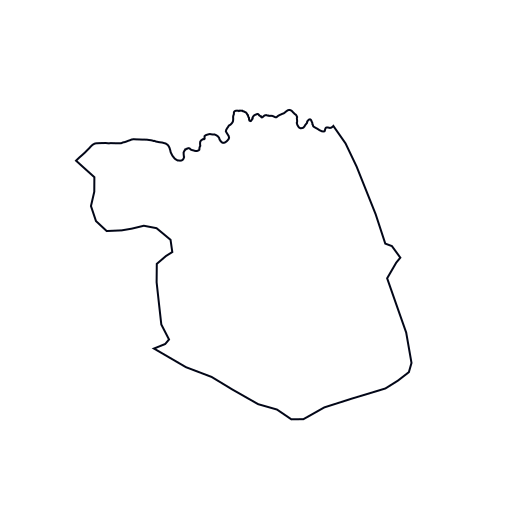 outline of Nicolich, Canelones, Uruguay, rotated 58°
{"feature_id": "84410073B10990004247606", "entity_name": "Nicolich", "entity_type": "district", "adm_level": 2, "iso_a3": "URY", "parent_name": "Uruguay", "parent_adm1": "Canelones", "projection": "orthographic", "projection_center": [-56.036, -34.803], "detail": "fine", "context": "isolated", "style": "outline", "palette": "ink", "viewbox_px": 512, "rotation_deg": 58, "n_neighbors": 0, "source": "geoboundaries", "source_scale": "gbopen_adm2", "svg_char_len": 4953}
<svg xmlns="http://www.w3.org/2000/svg" viewBox="0 0 512 512"><g transform="rotate(58 256 256)"><path d="M280.4,391.6L313.2,374.3L335.1,357.7L356.7,346.8L382.8,332.7L397.3,319.6L413.2,312.6L419.5,302.3L420.6,278.3L427.7,250.4L436.9,216.5L436.9,201.7L435.5,187.9L429.1,180.8L400.5,169.2L377.7,164.1L344.4,156.6L335.9,140.5L333.9,134.5L329.4,134.8L319.6,135.5L314.0,139.8L284.0,132.4L233.5,123.3L208.0,120.4L186.7,121.5L187.0,122.4L187.0,123.6L187.0,124.4L186.8,124.9L186.3,125.8L185.6,126.4L184.9,127.2L184.5,127.9L184.3,128.5L184.4,129.1L184.7,129.6L185.2,130.2L185.6,130.7L185.9,130.9L186.3,131.3L186.5,131.9L186.3,132.5L185.9,133.1L185.3,133.9L184.8,134.3L184.1,134.7L183.4,135.2L182.5,135.7L181.7,136.0L181.0,136.4L180.1,136.8L179.7,137.1L178.9,137.5L178.4,137.8L177.6,138.2L177.0,138.5L176.4,138.7L175.8,138.6L175.1,138.3L174.4,138.4L173.8,138.2L173.3,137.8L172.8,137.7L171.9,137.6L170.9,137.5L170.4,137.3L169.8,137.3L169.1,137.5L168.7,137.8L168.5,138.3L168.4,139.1L168.7,140.1L169.0,141.2L169.3,141.5L169.6,141.8L170.0,142.0L170.2,142.3L170.4,143.0L170.7,143.8L171.0,144.8L171.5,145.7L171.9,146.5L172.0,147.2L172.2,147.6L172.2,148.3L171.9,149.2L171.6,149.9L171.4,150.4L170.9,150.8L170.3,151.2L169.8,151.4L169.1,151.5L167.5,151.5L166.4,151.4L165.5,151.1L164.7,150.9L164.4,150.4L163.8,149.9L162.8,149.3L162.0,148.9L161.1,148.5L160.5,148.1L160.0,147.5L159.3,147.4L158.3,147.3L157.6,147.3L156.9,147.5L156.4,147.8L155.7,148.0L154.6,148.2L153.6,148.5L152.6,148.6L151.6,148.9L150.6,149.5L150.0,150.1L149.7,150.5L149.3,151.7L149.3,152.7L149.4,154.1L149.6,155.4L149.7,156.4L149.7,157.0L149.5,157.8L149.3,158.8L149.2,159.8L149.0,161.0L148.9,162.3L148.9,163.2L149.0,163.9L149.1,164.5L149.1,165.2L149.0,165.5L148.5,166.1L147.8,166.6L147.1,167.0L146.4,167.5L145.7,168.1L145.3,168.6L145.0,169.2L144.5,169.8L144.3,170.4L143.9,170.9L143.3,171.2L143.1,171.7L142.7,172.1L142.1,172.5L141.8,173.0L141.6,173.5L141.4,174.1L141.4,174.8L141.5,175.4L141.6,176.1L141.7,176.6L141.7,177.1L141.6,177.6L141.1,177.9L140.7,177.8L140.4,177.9L140.1,177.8L139.9,178.1L139.2,178.4L138.4,178.8L138.2,178.7L137.5,178.8L136.9,179.0L136.6,179.2L136.2,179.7L136.2,180.1L136.0,181.0L135.9,181.6L135.8,182.2L135.8,183.1L135.9,183.6L136.1,184.2L136.5,185.0L136.7,185.4L137.1,185.9L137.5,185.9L137.9,186.4L138.0,187.2L138.4,187.6L138.4,187.8L138.5,188.2L138.8,188.7L138.7,189.0L138.6,189.3L138.2,189.5L137.7,189.8L137.2,189.7L136.7,189.6L136.1,189.3L135.6,189.0L135.1,188.7L134.2,188.8L133.4,188.6L133.0,188.5L132.6,188.3L132.3,188.4L132.0,188.2L131.3,188.4L130.2,188.3L129.5,188.4L128.9,188.5L128.4,188.8L127.5,189.5L126.8,189.7L126.2,190.5L125.4,190.7L125.0,191.5L124.4,192.3L124.1,193.3L123.9,193.2L123.6,193.9L122.7,195.0L122.3,195.8L122.1,196.2L122.0,196.8L121.9,197.3L122.1,198.1L122.6,198.7L123.4,199.2L124.0,199.6L124.9,200.8L125.9,201.7L127.5,202.6L128.8,203.5L129.8,204.4L130.6,206.1L131.1,208.1L131.0,209.9L131.7,211.2L132.4,212.9L133.3,214.5L134.3,215.5L135.7,215.6L136.6,215.6L138.1,215.6L139.8,215.6L141.5,216.2L142.4,217.4L143.0,219.3L143.2,220.4L143.3,222.0L143.0,223.3L142.1,224.5L140.8,224.9L140.0,225.2L139.5,225.0L138.1,225.2L137.0,224.9L136.3,224.7L134.4,224.9L132.7,225.6L130.9,226.8L130.2,228.1L129.3,229.2L128.1,230.5L127.7,231.6L127.2,233.3L126.9,234.8L127.1,236.1L128.1,236.8L129.3,237.4L129.4,237.8L129.4,238.3L129.1,238.5L128.9,238.7L128.8,239.0L128.8,239.9L128.9,241.4L129.5,242.7L130.6,243.6L132.3,244.6L132.7,244.7L133.1,244.9L133.5,245.7L134.2,246.5L135.1,247.2L135.8,247.7L136.0,248.5L135.9,249.3L135.7,250.3L135.2,251.2L134.5,252.1L133.3,253.1L132.3,254.1L131.2,254.9L129.6,255.3L128.9,255.9L128.6,256.6L128.5,257.8L128.2,258.2L128.4,258.9L128.1,259.5L128.5,259.9L128.5,260.3L129.1,261.4L129.8,262.5L130.8,263.1L131.7,263.6L132.5,264.0L132.8,264.1L133.5,264.5L133.9,264.5L134.3,264.9L134.6,265.3L135.2,266.2L135.5,266.9L135.6,267.7L135.5,268.6L135.0,269.7L134.5,270.4L133.8,271.2L133.5,271.8L132.4,272.4L131.2,273.0L130.3,273.3L129.9,273.4L128.6,273.5L127.5,273.7L126.0,273.7L125.1,273.6L124.0,273.5L123.0,273.4L122.0,273.1L121.0,272.7L120.0,272.5L119.1,272.2L118.1,272.0L117.0,271.9L115.9,271.9L114.7,272.1L113.7,272.6L112.7,273.0L111.9,273.8L111.0,274.6L110.1,275.4L108.9,276.9L107.9,278.1L107.1,278.9L106.0,280.1L104.5,281.2L104.2,281.9L103.4,282.5L102.2,283.7L100.9,285.3L99.6,286.8L99.4,287.1L98.4,288.6L97.0,290.8L95.4,293.1L93.8,295.5L92.1,297.9L91.3,299.8L91.0,301.7L90.6,303.2L90.2,305.5L89.8,307.1L89.3,308.3L89.1,309.1L89.0,310.3L88.3,311.7L86.2,315.0L84.4,317.7L83.1,319.7L82.5,321.1L80.6,323.5L79.0,326.1L77.1,329.4L75.7,331.9L75.2,333.3L75.1,335.1L75.2,336.3L75.6,338.2L76.2,340.2L76.8,342.9L77.6,346.2L78.3,350.1L78.8,353.3L79.6,357.3L79.8,358.1L92.8,354.4L103.5,351.3L115.8,359.1L126.2,369.5L141.6,373.2L155.7,369.4L163.1,356.3L167.0,346.8L170.9,335.1L179.7,325.6L197.0,319.9L208.3,324.9L208.3,332.3L210.1,344.3L225.6,354.2L244.7,363.4L263.9,372.6L280.7,374.0L282.5,379.6L280.4,391.6Z" fill="none" stroke="#020617" stroke-width="2"/></g></svg>